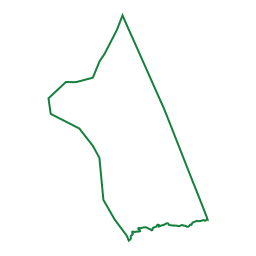 Buram, Southern Darfur, Sudan (orthographic projection)
{"feature_id": "16777658B28433170293690", "entity_name": "Buram", "entity_type": "district", "adm_level": 2, "iso_a3": "SDN", "parent_name": "Sudan", "parent_adm1": "Southern Darfur", "projection": "orthographic", "projection_center": [25.179, 10.759], "detail": "fine", "context": "isolated", "style": "outline", "palette": "green", "viewbox_px": 256, "rotation_deg": 0, "n_neighbors": 0, "source": "geoboundaries", "source_scale": "gbopen_adm2", "svg_char_len": 1394}
<svg xmlns="http://www.w3.org/2000/svg" viewBox="0 0 256 256"><path d="M128.8,240.6L129.9,239.7L130.8,238.7L130.8,236.5L131.1,235.7L132.2,235.0L132.9,233.8L132.2,232.7L132.1,232.1L132.6,231.6L134.0,231.7L134.8,232.0L137.6,231.5L138.9,231.6L140.0,231.2L139.9,230.5L138.7,229.3L138.3,228.3L139.1,227.9L140.1,228.4L141.4,228.0L143.1,227.5L144.4,227.4L146.0,227.3L148.8,228.7L150.5,229.4L151.5,230.3L152.3,230.1L152.4,229.5L152.7,228.5L153.2,227.7L156.4,226.6L157.0,225.3L157.7,224.7L158.8,224.9L158.8,226.5L159.8,226.3L160.8,225.7L162.0,225.3L163.2,225.0L164.1,224.9L165.2,224.0L166.7,223.3L167.9,223.3L168.7,224.3L169.1,225.0L172.7,225.5L176.3,225.6L177.8,225.9L179.1,226.2L180.4,225.7L181.9,225.0L182.8,225.2L184.0,225.8L185.1,225.7L185.7,225.9L186.6,226.6L187.5,226.8L188.6,226.5L189.3,225.9L189.8,225.1L190.3,224.6L191.2,224.9L191.6,224.6L192.0,223.5L192.7,222.6L196.7,220.9L198.4,221.2L200.8,221.0L202.7,220.3L203.6,220.0L204.9,220.7L205.6,220.7L206.6,219.7L206.9,219.3L207.5,219.6L207.4,219.2L207.0,217.7L201.0,202.3L195.3,187.9L192.9,182.0L170.9,126.0L164.0,108.6L157.9,95.0L132.7,38.3L130.2,32.8L122.5,15.4L116.9,29.9L113.7,36.1L104.6,53.8L99.6,61.2L92.8,77.7L76.9,81.9L76.0,82.0L74.3,82.2L65.9,82.0L64.0,83.8L58.4,89.0L48.5,98.3L50.7,113.9L79.3,128.5L92.9,145.9L99.4,157.9L101.3,177.9L103.4,199.9L114.7,219.6L126.7,235.6L128.8,240.6Z" fill="none" stroke="#15803d" stroke-width="2"/></svg>